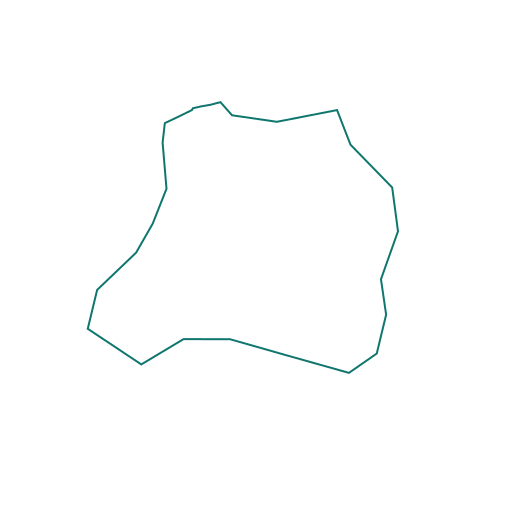 the district of Agia Varvara, Nicosia, Cyprus, rotated 220°
{"feature_id": "46923920B72089491850664", "entity_name": "Agia Varvara", "entity_type": "district", "adm_level": 2, "iso_a3": "CYP", "parent_name": "Cyprus", "parent_adm1": "Nicosia", "projection": "orthographic", "projection_center": [33.362, 35.036], "detail": "fine", "context": "isolated", "style": "outline", "palette": "teal", "viewbox_px": 512, "rotation_deg": 220, "n_neighbors": 0, "source": "geoboundaries", "source_scale": "gbopen_adm2", "svg_char_len": 548}
<svg xmlns="http://www.w3.org/2000/svg" viewBox="0 0 512 512"><g transform="rotate(220 256 256)"><path d="M269.0,409.6L287.7,419.9L326.3,372.2L364.8,348.4L382.1,351.0L388.3,342.3L394.4,335.1L398.6,329.5L399.3,328.6L398.9,326.6L405.1,312.6L411.2,299.3L411.0,298.8L400.4,282.8L367.8,250.0L355.9,214.3L350.0,181.5L355.9,127.9L338.1,92.1L274.2,99.2L258.1,145.7L222.5,175.5L169.1,199.4L109.7,226.2L100.8,258.9L118.6,294.7L145.3,318.5L150.1,331.3L163.1,366.2L195.7,396.0L255.1,402.0L269.0,409.6Z" fill="none" stroke="#0f766e" stroke-width="2"/></g></svg>